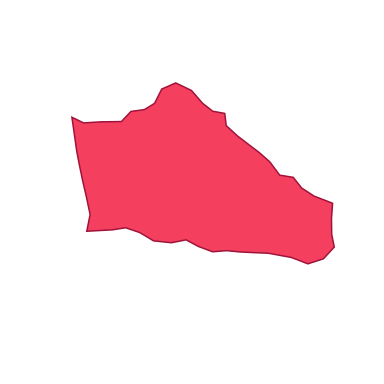 outline of Taboão da Serra, São Paulo, Brazil, rotated 55°
{"feature_id": "56859067B51189828504800", "entity_name": "Taboão da Serra", "entity_type": "district", "adm_level": 2, "iso_a3": "BRA", "parent_name": "Brazil", "parent_adm1": "São Paulo", "projection": "albers", "projection_center": [-46.786, -23.622], "detail": "fine", "context": "isolated", "style": "filled", "palette": "rose", "viewbox_px": 384, "rotation_deg": 55, "n_neighbors": 0, "source": "geoboundaries", "source_scale": "gbopen_adm2", "svg_char_len": 731}
<svg xmlns="http://www.w3.org/2000/svg" viewBox="0 0 384 384"><g transform="rotate(55 192 192)"><path d="M93.3,142.8L90.3,157.7L97.9,171.8L97.2,183.7L91.0,195.8L93.8,209.4L82.0,226.8L73.2,241.2L61.9,247.5L92.6,263.1L105.6,268.9L121.0,275.5L135.4,281.3L152.0,288.4L163.8,300.7L177.4,278.8L183.2,266.9L195.2,258.1L210.0,251.5L221.8,237.9L227.8,224.3L240.3,218.0L252.8,209.4L259.9,197.3L268.7,187.0L276.4,177.1L285.8,164.8L302.7,148.1L317.3,138.3L322.1,122.6L318.7,107.0L306.9,101.9L293.7,92.9L281.9,83.3L265.3,94.4L251.6,99.9L238.0,100.7L228.5,110.5L211.9,111.0L198.2,114.3L186.4,118.1L172.1,122.6L157.3,125.9L146.4,120.1L137.7,128.7L125.2,132.5L108.5,134.2L93.3,142.8Z" fill="#f43f5e" stroke="#9f1239" stroke-width="1.5"/></g></svg>